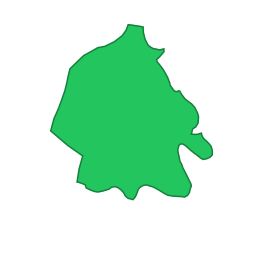 the district of Qalyub, Al Qalyubiyah, Egypt, rotated 59°
{"feature_id": "37247803B29662728717232", "entity_name": "Qalyub", "entity_type": "district", "adm_level": 2, "iso_a3": "EGY", "parent_name": "Egypt", "parent_adm1": "Al Qalyubiyah", "projection": "albers", "projection_center": [31.221, 30.18], "detail": "fine", "context": "isolated", "style": "filled", "palette": "green", "viewbox_px": 256, "rotation_deg": 59, "n_neighbors": 0, "source": "geoboundaries", "source_scale": "gbopen_adm2", "svg_char_len": 1836}
<svg xmlns="http://www.w3.org/2000/svg" viewBox="0 0 256 256"><g transform="rotate(59 128 128)"><path d="M90.5,195.8L112.0,188.6L128.6,181.2L138.0,191.1L148.1,199.5L149.2,198.2L152.9,195.2L154.9,193.9L157.9,194.7L161.6,192.3L165.0,189.6L167.4,186.8L168.5,183.6L168.9,182.6L170.7,175.7L170.3,172.6L171.3,169.9L173.1,167.8L176.8,166.0L180.3,165.2L182.7,165.1L184.9,165.3L188.3,164.2L190.2,162.3L192.0,160.6L191.6,159.5L191.1,157.9L189.6,155.3L187.9,153.2L186.0,150.9L185.1,148.7L185.0,145.7L185.3,143.9L186.6,141.0L188.6,139.6L190.5,137.7L192.3,136.3L196.2,134.0L199.6,132.2L202.7,130.6L206.1,128.5L209.3,124.9L211.9,121.1L214.2,117.7L216.3,115.1L216.5,111.8L214.9,108.5L212.5,106.3L210.3,103.6L209.5,103.3L208.4,102.9L204.3,102.5L196.4,101.9L190.5,101.5L186.2,100.6L183.4,100.6L177.3,98.5L174.1,97.4L172.4,96.5L171.0,95.4L168.9,93.0L168.8,91.5L169.6,89.6L171.8,88.2L175.2,87.0L179.2,85.8L183.9,84.1L187.3,82.6L190.8,81.4L193.6,79.9L194.9,76.4L195.3,72.8L194.5,69.7L191.8,67.9L190.0,67.1L186.4,66.2L183.3,66.6L180.2,67.3L177.5,68.2L174.8,68.7L171.9,68.4L170.2,67.7L169.0,72.2L166.0,76.9L162.0,73.0L162.0,69.4L159.9,65.4L154.8,61.8L151.6,60.8L149.7,60.6L145.0,60.2L140.2,61.0L136.5,62.6L132.6,64.1L129.4,64.5L125.8,64.8L123.6,64.5L122.2,65.2L122.1,67.2L121.0,68.6L119.4,69.4L115.7,69.7L112.6,69.8L110.5,68.9L105.0,68.0L96.8,67.7L92.0,68.1L86.2,68.9L84.0,68.2L83.7,66.2L83.4,64.7L81.2,57.9L79.6,57.0L78.6,56.5L77.5,60.4L76.2,61.9L74.5,63.5L73.5,65.1L70.3,67.0L67.5,68.1L60.8,67.7L54.0,65.6L49.2,63.0L46.2,66.3L45.2,67.6L45.0,67.9L44.8,68.1L41.9,71.5L39.5,74.6L40.4,75.7L43.1,79.1L45.9,85.5L47.0,95.3L46.1,105.8L43.6,112.5L43.4,120.9L43.1,128.6L44.9,136.7L46.6,143.9L47.4,147.3L53.8,153.6L57.9,157.3L63.7,163.1L66.9,167.0L70.1,170.8L75.6,177.7L81.7,186.4L90.0,195.1L90.5,195.8Z" fill="#22c55e" stroke="#15803d" stroke-width="1.5"/></g></svg>